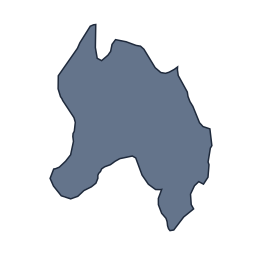 map outline of Qazvin (Natural Earth projection), rotated 265°
{"feature_id": "IRN-3235", "entity_name": "Qazvin", "entity_type": "Province", "adm_level": 1, "iso_a3": "IRN", "parent_name": "Iran", "parent_adm1": "", "projection": "natural_earth1", "projection_center": [49.608, 36.125], "detail": "fine", "context": "isolated", "style": "filled", "palette": "slate", "viewbox_px": 256, "rotation_deg": 265, "n_neighbors": 0, "source": "natural_earth", "source_scale": "10m", "svg_char_len": 1207}
<svg xmlns="http://www.w3.org/2000/svg" viewBox="0 0 256 256"><g transform="rotate(265 128 128)"><path d="M84.6,46.0L93.6,50.4L93.8,52.4L95.0,56.2L100.4,63.0L106.3,68.5L119.4,72.5L124.3,72.3L127.3,72.8L129.4,74.2L138.2,76.0L143.0,75.1L161.0,65.4L163.0,64.7L165.1,63.5L173.1,61.8L186.1,63.1L211.8,84.6L217.1,87.5L232.7,99.3L233.8,102.6L233.9,104.9L211.0,102.5L200.1,103.4L197.4,107.6L202.3,114.4L205.9,117.4L212.7,119.4L217.1,123.3L214.1,133.6L209.6,143.2L208.4,147.6L205.1,150.7L185.7,160.3L180.4,165.5L179.2,170.1L180.0,173.8L182.4,179.3L184.5,182.7L181.7,182.3L175.9,182.6L158.7,190.2L154.2,190.5L148.9,192.0L143.9,194.5L127.0,199.7L122.9,202.8L120.0,209.5L103.1,210.0L100.8,208.3L87.1,204.8L84.4,205.5L72.0,203.4L65.5,198.3L68.4,193.8L64.7,189.2L56.7,184.5L46.2,184.3L41.7,186.3L34.5,175.7L22.4,164.7L22.1,160.9L24.1,159.6L27.1,158.9L31.2,158.8L34.7,158.0L40.1,154.1L48.9,151.6L55.2,152.1L63.9,156.2L63.8,154.8L64.3,150.1L70.2,143.4L79.9,137.9L97.5,133.1L99.7,129.9L98.2,117.2L96.0,112.3L93.0,107.3L91.4,101.4L89.6,98.2L87.1,96.8L85.3,94.8L83.4,93.8L80.5,93.6L75.8,91.2L72.6,86.4L69.5,78.6L64.4,72.2L62.4,64.7L66.3,55.6L76.7,48.7L84.6,46.0Z" fill="#64748b" stroke="#1e293b" stroke-width="1.5"/></g></svg>